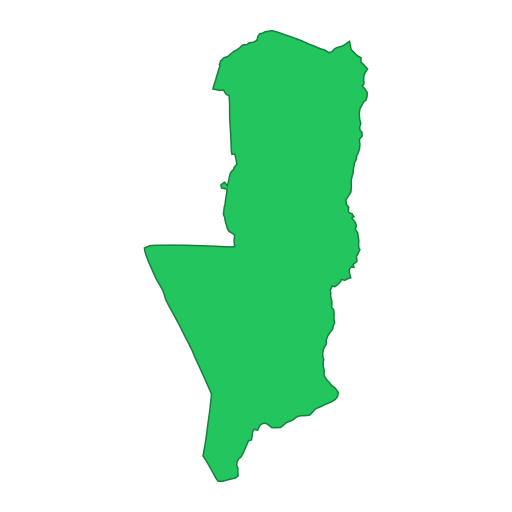 Keiyo North, Rift Valley, Kenya (Equal Earth projection)
{"feature_id": "3690345B12433983427802", "entity_name": "Keiyo North", "entity_type": "district", "adm_level": 2, "iso_a3": "KEN", "parent_name": "Kenya", "parent_adm1": "Rift Valley", "projection": "equal_earth", "projection_center": [35.542, 0.697], "detail": "fine", "context": "isolated", "style": "filled", "palette": "green", "viewbox_px": 512, "rotation_deg": 0, "n_neighbors": 0, "source": "geoboundaries", "source_scale": "gbopen_adm2", "svg_char_len": 5005}
<svg xmlns="http://www.w3.org/2000/svg" viewBox="0 0 512 512"><path d="M349.5,41.3L346.3,43.6L342.8,45.9L339.8,46.8L337.3,47.5L335.1,48.5L331.7,51.8L328.7,52.6L326.5,51.0L323.8,49.6L321.3,49.1L318.0,47.8L315.1,46.5L314.3,46.1L312.7,45.5L310.9,44.8L309.7,44.4L308.2,44.0L306.4,42.8L305.2,42.4L301.6,40.7L291.7,37.1L288.3,35.9L284.3,34.6L278.1,32.3L273.2,30.9L270.8,30.7L269.1,31.2L268.1,31.4L266.9,31.4L265.3,31.7L263.8,32.5L262.2,33.3L259.8,33.7L258.9,34.9L258.0,36.2L256.9,40.2L253.6,42.2L249.2,42.8L247.1,44.6L244.5,44.6L242.2,45.3L239.9,47.6L236.7,50.0L234.0,51.3L231.8,53.0L228.9,55.7L226.2,57.1L223.9,57.6L222.3,59.5L220.4,61.1L220.4,62.3L219.9,63.4L219.3,64.5L219.9,65.5L219.7,66.7L219.3,67.6L218.9,68.7L218.6,69.8L218.2,70.9L217.9,72.4L217.6,73.4L217.1,74.8L216.7,76.2L216.2,77.9L215.8,79.4L215.6,80.4L215.1,81.7L214.6,83.1L214.2,84.4L213.9,85.4L213.6,86.3L213.2,87.7L212.9,89.0L217.6,89.9L218.9,90.3L219.7,90.3L223.2,90.0L224.0,90.9L224.9,92.3L225.6,93.5L226.5,94.7L227.7,94.9L229.0,95.5L229.1,96.7L229.2,97.9L229.3,99.1L229.4,100.3L229.5,102.2L229.6,104.0L229.6,105.8L229.6,107.7L229.6,109.0L229.6,110.1L229.6,112.0L229.7,116.6L229.7,118.2L229.9,121.7L230.3,128.5L230.6,133.1L230.6,134.4L230.7,135.8L230.9,139.6L230.9,140.8L231.0,142.0L231.2,146.5L231.4,151.7L232.0,154.4L233.1,154.1L234.6,153.8L235.1,155.1L235.4,156.1L235.7,157.9L236.0,159.3L236.3,161.1L236.9,163.8L236.0,165.3L234.9,166.5L234.1,167.6L233.7,168.7L233.3,169.7L231.5,171.5L230.6,172.6L230.1,174.0L229.6,175.6L229.4,176.6L229.2,178.5L227.4,185.8L226.7,184.8L225.6,183.4L224.6,182.2L222.6,183.5L221.8,184.3L220.9,185.0L221.1,186.0L221.6,188.1L227.1,189.1L226.9,191.6L226.3,195.2L226.1,196.4L225.9,197.7L225.6,199.8L225.4,201.0L225.0,204.6L224.3,206.9L223.5,213.0L223.5,214.7L224.3,216.6L224.7,217.3L224.9,218.7L225.0,220.2L225.4,221.4L225.8,223.0L226.4,225.0L226.8,226.6L227.4,228.4L227.9,229.6L228.5,230.7L229.2,231.6L230.5,232.3L231.4,232.8L232.2,233.3L233.0,233.7L233.7,234.1L234.3,234.8L234.6,235.7L234.5,236.7L234.4,237.8L234.2,238.8L234.1,240.0L234.1,242.0L234.3,243.5L234.5,244.8L234.5,246.8L233.5,246.7L232.7,246.7L231.6,246.9L228.4,246.9L220.5,246.5L216.4,246.3L211.3,246.1L203.2,245.8L196.7,245.6L183.5,245.2L176.3,245.2L171.8,245.1L167.2,245.2L163.7,245.2L155.6,245.3L154.7,245.4L153.8,245.4L150.1,245.6L144.4,248.0L145.0,251.9L145.5,253.2L145.8,254.5L146.2,255.5L148.4,261.4L155.9,278.4L162.7,290.2L164.4,294.9L165.8,299.8L169.5,307.0L170.8,309.3L172.9,313.2L176.8,320.4L180.3,327.0L184.2,334.9L188.4,343.0L191.5,349.2L192.0,350.2L195.1,357.6L196.8,361.3L198.8,365.6L202.3,373.3L202.9,374.8L203.6,376.2L205.0,379.2L207.6,385.2L208.1,386.2L208.5,387.2L211.5,394.0L211.3,396.3L210.2,406.2L210.2,407.3L207.9,424.0L205.9,439.2L205.7,440.4L205.5,441.9L203.0,456.0L205.4,459.4L206.4,461.1L206.9,462.0L208.8,465.3L210.8,468.8L213.0,472.8L215.5,477.5L218.1,481.3L222.1,481.3L225.8,480.4L228.1,479.8L231.7,478.9L235.7,477.9L238.2,475.7L237.8,472.4L237.9,468.1L236.7,465.5L236.9,463.2L237.2,461.7L238.7,458.6L240.8,457.2L243.2,453.1L244.9,449.2L247.0,444.2L248.5,440.8L251.4,440.0L252.2,435.8L252.7,431.6L254.1,429.3L257.7,430.3L259.3,426.1L262.2,423.7L265.1,423.1L267.6,424.3L269.9,426.1L271.9,427.7L274.5,427.7L277.7,427.7L280.7,427.4L283.3,425.3L286.6,422.5L290.5,421.0L293.5,419.5L295.9,417.5L299.0,416.0L302.2,415.7L306.0,415.6L309.4,415.2L312.3,412.6L314.8,409.4L317.4,408.0L320.7,406.7L325.2,404.4L327.9,403.4L331.3,401.9L335.3,399.5L337.5,396.6L338.4,392.6L337.4,391.2L336.2,389.4L334.7,387.7L333.9,387.0L331.7,385.5L329.7,382.9L326.8,379.8L324.7,376.7L323.9,373.6L324.2,372.5L324.2,370.9L324.0,369.2L323.6,367.6L323.2,366.0L323.1,362.6L323.8,359.7L322.8,356.5L322.7,353.0L323.6,348.7L325.2,345.9L326.5,343.5L326.2,340.2L327.8,335.9L329.5,333.1L332.4,329.7L333.4,325.6L334.7,322.6L333.9,318.9L334.1,313.9L333.7,309.7L331.6,307.4L331.9,304.4L331.8,300.9L330.6,296.2L330.8,293.1L330.7,292.0L330.3,289.8L331.1,288.6L332.1,286.0L334.7,286.8L337.6,284.6L340.0,282.4L341.4,279.5L344.8,280.3L348.0,278.6L350.8,277.8L349.5,273.4L349.2,269.3L351.0,267.1L353.9,267.3L353.1,264.5L354.7,263.3L357.0,261.3L356.4,256.7L358.4,252.8L359.9,249.6L358.8,247.7L358.6,244.6L358.8,240.5L358.2,236.2L357.6,232.6L355.3,229.3L356.4,226.0L355.7,223.3L355.0,222.0L353.9,220.6L352.8,219.3L351.8,218.0L353.9,216.7L352.1,213.9L350.0,213.0L349.0,212.3L348.3,211.5L348.8,207.2L346.4,204.5L345.9,199.8L347.7,197.1L349.7,194.0L350.9,192.0L351.2,189.1L351.4,185.9L351.3,184.7L351.2,182.6L351.4,179.5L352.3,175.5L353.1,173.5L353.3,170.2L353.8,166.7L354.7,162.2L356.4,159.4L356.7,155.6L358.1,153.1L359.4,149.5L359.9,145.0L359.6,141.0L359.5,139.2L362.1,136.1L362.1,132.6L360.1,130.2L359.6,127.4L360.8,123.5L359.7,119.4L359.2,113.6L360.0,108.6L361.8,105.5L363.6,102.1L366.0,100.0L367.0,96.9L367.3,92.6L364.9,88.9L362.2,86.1L364.0,84.0L363.6,78.9L364.1,74.9L365.5,72.2L367.6,69.0L365.7,67.1L363.8,64.7L360.9,62.1L361.1,57.8L358.0,56.1L354.9,53.5L352.7,51.1L351.0,49.2L350.5,46.1L349.8,43.3L349.5,41.3Z" fill="#22c55e" stroke="#15803d" stroke-width="1.5"/></svg>